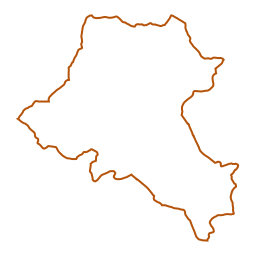 outline of Tarnava, Sibiu, Romania
{"feature_id": "2599482B99258029890199", "entity_name": "Tarnava", "entity_type": "district", "adm_level": 2, "iso_a3": "ROU", "parent_name": "Romania", "parent_adm1": "Sibiu", "projection": "mercator", "projection_center": [24.293, 46.14], "detail": "fine", "context": "isolated", "style": "outline", "palette": "amber", "viewbox_px": 256, "rotation_deg": 0, "n_neighbors": 0, "source": "geoboundaries", "source_scale": "gbopen_adm2", "svg_char_len": 5749}
<svg xmlns="http://www.w3.org/2000/svg" viewBox="0 0 256 256"><path d="M207.4,240.6L207.3,240.1L207.5,239.4L208.0,238.8L208.8,237.7L209.1,236.9L208.7,234.9L208.9,234.2L209.2,233.5L209.7,233.1L210.3,232.9L211.0,232.9L213.2,232.1L213.5,231.9L213.8,231.4L213.8,230.6L213.4,229.0L212.6,227.5L211.1,225.7L209.8,222.9L209.8,222.3L210.0,221.5L211.7,219.1L212.7,218.1L213.3,217.9L214.3,217.1L216.2,216.3L217.4,215.4L217.9,215.2L221.3,215.2L222.9,215.0L224.2,214.6L226.4,214.1L228.0,214.1L230.0,214.3L231.6,214.3L233.4,213.9L233.8,213.5L233.2,211.2L233.0,210.0L233.0,209.6L233.2,208.4L233.1,207.6L232.7,205.4L232.6,202.7L231.2,199.8L230.7,197.5L230.7,196.6L231.7,192.5L232.0,191.8L232.2,191.4L232.1,191.2L232.7,190.1L233.8,188.6L234.3,188.0L235.8,186.9L236.0,186.5L236.0,186.2L235.7,184.3L234.2,183.4L231.6,178.9L231.5,178.4L231.7,177.9L231.7,176.7L231.1,175.0L231.4,174.5L232.4,173.9L233.7,172.2L234.5,170.7L234.8,170.2L235.4,169.8L235.7,169.8L236.3,169.2L236.8,168.6L237.6,167.3L238.0,166.5L238.1,165.8L238.1,165.3L237.9,164.7L236.1,163.8L235.7,163.7L234.4,164.0L232.8,164.0L231.2,163.4L228.2,164.2L222.9,166.1L221.5,166.4L221.2,166.3L220.9,165.9L220.7,163.2L220.5,162.7L220.1,162.4L219.0,161.8L218.2,161.8L217.3,161.9L216.9,162.3L215.0,162.8L213.7,161.7L208.2,157.3L204.7,155.1L202.7,153.4L200.7,151.4L199.9,150.2L198.6,146.7L195.7,140.8L194.5,138.0L193.9,137.0L193.6,136.2L193.4,135.9L193.6,135.8L192.6,134.5L192.3,133.0L189.4,126.5L188.8,124.5L188.2,123.7L187.7,123.8L181.6,115.0L182.1,113.1L182.4,111.7L182.0,109.7L182.0,107.1L182.1,106.7L182.6,105.3L183.9,102.9L184.6,102.1L186.0,100.8L187.8,99.3L189.4,98.1L190.6,97.3L192.2,95.8L193.0,94.5L193.2,93.0L193.6,91.7L193.9,91.4L194.9,91.0L201.3,91.5L206.0,90.7L207.8,90.6L210.0,89.3L212.7,86.6L213.1,86.1L213.4,84.7L213.3,83.1L212.8,80.9L212.5,78.6L212.6,77.0L212.9,76.1L213.7,74.8L214.5,74.2L216.1,73.4L215.9,72.6L215.7,69.8L215.4,68.7L221.3,63.9L221.9,63.2L222.9,61.0L223.6,59.7L223.1,59.4L222.9,58.9L222.8,58.7L220.8,58.0L218.1,58.1L215.3,57.7L213.4,57.7L213.0,57.8L212.2,58.4L211.1,58.8L210.4,58.8L208.5,58.3L204.7,58.6L203.8,58.2L201.4,56.5L200.6,55.3L199.5,52.9L198.7,51.7L196.8,49.7L193.5,46.5L193.0,45.9L192.8,45.4L190.5,42.4L190.0,41.3L189.8,40.9L190.3,39.0L190.3,38.5L190.2,37.8L190.0,37.4L188.0,34.7L187.7,34.1L186.9,31.6L186.4,31.0L186.2,30.5L185.6,28.6L185.4,27.6L185.5,26.1L185.5,24.7L185.3,23.3L181.8,21.1L179.3,19.7L178.2,18.9L172.7,15.8L171.7,15.4L171.2,15.4L171.1,15.5L169.7,18.3L166.5,22.8L165.8,23.4L164.9,24.9L164.7,25.0L163.2,25.2L162.1,25.6L161.5,26.0L160.9,26.1L160.2,26.0L154.7,24.4L153.3,24.6L152.0,24.1L150.8,23.2L150.2,23.1L147.0,24.8L146.1,25.1L143.9,25.4L142.9,24.9L142.3,24.4L142.0,24.3L140.0,24.5L138.4,24.2L137.0,24.3L136.3,24.6L136.0,24.8L135.6,25.3L134.9,26.5L134.3,26.6L132.6,26.3L130.7,25.7L128.5,24.3L127.4,23.9L124.9,22.3L123.6,22.3L122.5,21.8L121.3,20.5L119.5,18.6L117.7,17.1L116.7,16.5L115.9,16.5L115.1,16.8L113.5,17.3L111.9,17.6L109.3,17.8L105.4,17.0L104.2,17.0L100.1,17.9L99.1,18.0L97.8,17.9L96.8,18.1L96.1,18.1L93.6,17.5L93.3,17.3L91.8,15.4L90.0,15.6L87.8,16.8L86.7,17.7L86.2,18.6L85.8,19.6L85.1,22.0L84.6,23.3L83.2,25.7L83.0,26.1L82.8,27.0L82.2,30.9L81.4,36.2L81.4,37.0L81.8,38.7L82.1,42.0L81.5,43.3L81.2,44.2L81.3,44.7L82.0,47.3L82.0,48.0L81.5,48.4L79.6,49.1L79.0,49.5L78.3,50.1L77.6,51.7L76.7,54.3L76.1,55.7L74.8,57.5L73.9,59.5L73.4,60.9L73.0,62.2L72.4,62.4L72.0,62.9L71.7,63.5L70.8,65.7L68.8,67.3L68.7,67.5L68.8,70.3L68.6,72.9L68.7,74.0L68.6,76.7L68.7,77.8L69.0,79.9L67.4,80.1L66.2,80.8L65.6,81.4L65.2,81.9L64.5,83.8L64.3,84.3L63.9,84.8L59.5,88.3L56.7,90.1L54.4,92.3L52.3,94.0L50.6,95.9L49.7,96.7L48.9,98.2L48.6,99.4L48.9,101.5L38.5,101.5L36.9,101.1L35.7,101.2L34.8,101.7L32.9,104.2L32.2,105.5L31.6,106.1L30.4,106.4L28.4,107.4L27.7,108.1L26.2,108.5L25.5,108.8L23.4,110.7L22.9,112.0L21.6,114.0L19.6,116.4L19.0,117.5L18.7,118.3L18.4,118.7L17.9,118.9L18.9,119.6L21.2,121.6L23.6,123.1L25.2,123.6L27.4,125.2L28.4,126.4L29.4,128.2L31.3,130.0L34.4,132.6L34.8,133.8L35.1,136.2L35.4,137.1L36.0,137.6L37.8,138.7L38.2,139.2L38.1,141.3L37.5,142.6L37.6,143.2L38.1,143.7L39.3,144.2L40.6,145.5L42.7,148.0L43.3,148.4L44.0,148.6L45.3,148.2L46.4,147.6L48.2,146.1L50.6,146.3L55.8,147.1L56.3,147.5L58.1,150.8L59.1,152.2L62.2,155.2L63.3,156.1L66.3,157.9L67.4,158.3L69.2,158.4L71.8,159.0L74.2,159.1L76.2,159.0L76.6,158.6L77.0,157.3L77.3,157.0L79.4,155.4L82.0,154.3L82.3,154.0L83.1,152.8L83.8,152.0L84.3,152.0L85.2,152.2L87.4,151.7L88.8,150.8L90.0,150.2L90.6,149.6L91.0,149.3L91.9,149.4L92.3,149.6L95.1,151.0L96.6,151.9L97.1,152.4L97.4,153.1L97.7,154.3L97.7,154.6L97.6,154.8L96.5,155.9L96.3,156.3L96.1,157.5L95.9,160.8L92.6,162.0L92.0,162.5L91.6,163.0L90.7,163.7L90.7,165.6L90.3,168.5L90.1,169.6L89.9,171.0L90.0,171.3L90.0,171.6L91.3,173.1L91.7,174.0L91.8,174.8L92.3,176.5L92.5,177.5L92.7,179.7L93.8,180.9L94.7,181.3L95.3,181.3L96.1,180.9L97.4,180.0L98.6,178.6L100.3,176.5L101.3,175.4L102.2,174.8L106.9,172.9L110.1,171.2L112.9,171.1L113.6,171.2L114.1,171.4L115.2,172.7L115.3,173.1L114.9,174.3L113.9,176.0L113.8,176.4L113.9,177.1L114.8,178.3L115.4,178.7L117.6,179.2L119.1,179.2L121.6,178.9L124.9,177.6L126.0,177.4L127.1,177.0L127.8,176.5L131.5,174.6L132.6,175.8L133.4,176.4L134.4,177.3L135.2,177.8L136.3,179.0L136.4,178.8L137.4,179.4L146.9,187.4L148.9,189.6L150.7,191.9L151.9,193.3L153.1,195.2L153.6,195.3L154.1,196.0L154.1,196.3L153.7,198.3L154.0,199.6L154.2,199.9L156.6,201.5L157.8,202.2L159.4,202.7L161.3,204.2L161.7,204.7L162.0,205.3L165.0,205.2L170.0,206.8L171.1,206.9L174.2,208.2L178.6,208.7L179.6,209.1L181.2,209.5L183.4,209.8L184.2,210.3L184.5,210.7L185.0,211.9L185.3,214.3L185.5,214.8L188.3,218.9L189.7,220.2L190.1,220.6L190.3,221.1L191.9,225.5L194.4,231.5L196.1,236.2L196.7,237.2L198.7,239.3L202.5,240.3L207.4,240.6Z" fill="none" stroke="#b45309" stroke-width="2"/></svg>